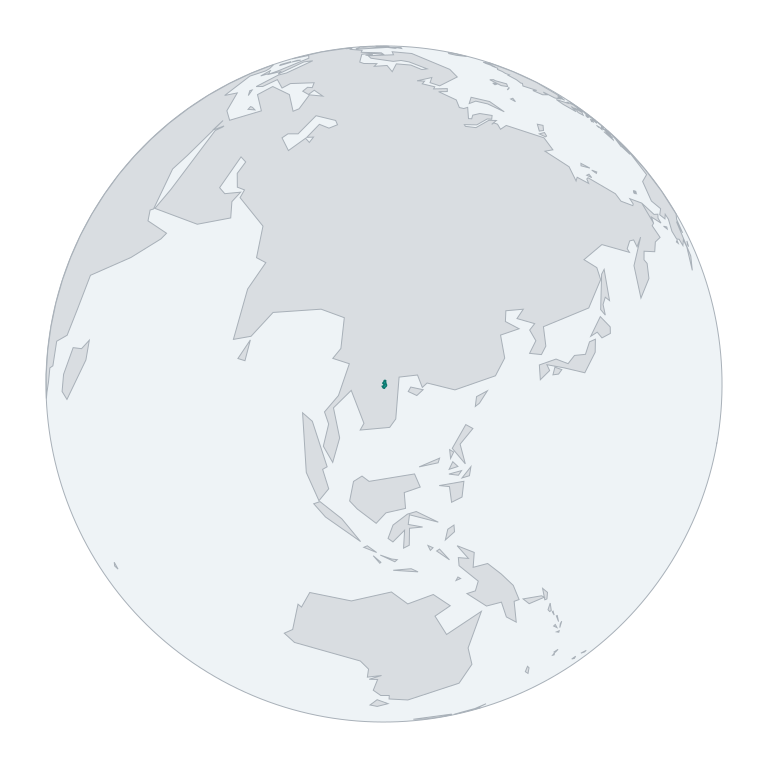 globe centered on Nakhon Phanom, rotated 33°
{"feature_id": "THA-472", "entity_name": "Nakhon Phanom", "entity_type": "Province", "adm_level": 1, "iso_a3": "THA", "parent_name": "Thailand", "parent_adm1": "", "projection": "orthographic", "projection_center": [104.283, 17.384], "detail": "fine", "context": "on_globe", "style": "filled", "palette": "teal", "viewbox_px": 768, "rotation_deg": 33, "n_neighbors": 0, "source": "natural_earth", "source_scale": "10m", "svg_char_len": 11525}
<svg xmlns="http://www.w3.org/2000/svg" viewBox="0 0 768 768"><g transform="rotate(33 384 384)"><circle cx="384" cy="384" r="338" fill="#eef3f6" stroke="#a8b0b8"/><path d="M698.7,497.2L698.1,499.3L697.9,499.8L698.7,497.2ZM536.4,82.4L539.8,86.6L552.1,94.6L540.8,88.5L571.5,109.5L580.7,120.8L563.5,104.3L556.5,100.0L559.3,105.1L552.7,101.9L550.4,103.0L542.3,99.1L532.8,90.9L527.4,88.5L529.7,92.5L523.1,91.9L520.5,86.3L508.6,84.9L490.6,73.3L490.2,65.4L473.5,59.5L460.1,54.8L486.2,61.9L511.7,71.1L536.4,82.4ZM695.7,253.6L695.5,253.2L694.9,251.7L695.7,253.6ZM562.4,101.7L560.1,99.0L564.6,102.9L562.4,101.7ZM551.5,103.9L554.2,105.8L551.8,105.6L551.5,103.9ZM537.2,99.8L532.5,99.4L535.6,98.3L537.2,99.8ZM528.7,98.2L517.3,98.3L522.5,102.3L501.6,91.9L518.1,94.7L521.2,92.4L523.5,95.7L528.7,98.2ZM457.1,54.1L459.4,54.6L460.9,55.2L451.9,53.1L457.8,55.0L445.7,52.7L439.7,51.2L441.1,51.1L435.4,50.5L433.7,49.8L457.1,54.1ZM491.8,86.7L487.7,85.9L490.2,85.3L491.8,86.7ZM422.1,48.2L427.3,48.9L428.9,49.3L418.9,48.1L421.6,48.3L422.1,48.2ZM465.4,56.9L464.8,57.4L454.8,55.6L453.3,55.7L445.5,52.8L465.4,56.9ZM418.4,47.9L413.8,47.7L408.0,47.1L417.2,47.7L418.4,47.9ZM433.6,50.0L433.9,50.3L430.4,49.7L433.6,50.0ZM384.9,46.1L391.1,46.2L392.5,46.3L384.9,46.1ZM412.4,47.7L414.4,47.9L415.6,48.1L411.5,47.9L412.4,47.7ZM439.0,52.0L435.0,51.4L441.7,53.0L434.5,52.3L430.6,50.7L429.2,51.1L427.0,50.9L426.3,49.9L439.0,52.0ZM410.9,48.6L403.6,47.2L391.9,46.7L390.3,46.4L409.4,47.4L410.9,48.6ZM420.1,49.4L414.1,48.8L415.2,48.4L419.9,48.6L420.1,49.4ZM430.9,52.6L443.0,54.1L443.4,54.5L430.9,52.6ZM407.3,48.4L409.2,48.9L406.4,48.4L407.3,48.4ZM423.4,51.2L427.6,51.5L428.0,51.9L423.4,51.2ZM409.4,49.6L407.0,49.0L410.2,49.0L409.4,49.6ZM415.7,50.4L415.2,50.9L412.7,49.3L417.5,50.4L415.7,50.4ZM423.1,51.5L424.7,51.9L421.3,51.3L423.1,51.5ZM398.8,50.6L395.0,48.7L402.0,48.4L404.7,50.1L398.8,50.6ZM117.5,176.3L116.3,181.7L114.2,185.9L103.8,198.9L93.2,228.8L102.4,219.8L103.4,240.4L110.9,246.9L132.4,221.7L120.3,210.2L128.7,195.1L147.0,192.8L159.2,204.8L162.9,199.4L164.0,182.1L175.9,175.9L165.5,175.6L163.0,182.3L156.4,182.7L158.3,176.8L162.4,174.5L161.3,169.4L141.9,183.0L137.3,191.3L128.8,186.8L120.3,200.5L114.8,204.2L127.1,182.5L132.8,176.3L148.2,151.7L141.4,157.5L126.5,181.6L127.1,178.3L117.8,188.0L125.4,178.0L143.5,151.7L141.9,149.5L129.9,161.3L151.6,138.7L150.0,140.3L157.8,133.3L172.9,120.2L169.3,123.7L174.5,119.6L172.9,122.0L183.9,116.1L184.3,118.2L201.4,107.7L204.0,107.8L193.1,113.7L185.8,119.6L188.3,127.2L192.5,126.2L203.5,119.2L202.8,122.9L213.1,115.2L220.8,117.6L220.0,108.8L232.8,101.9L244.5,99.7L248.5,96.2L229.6,100.2L222.1,103.4L216.0,108.4L195.6,117.9L192.0,117.3L212.7,102.7L209.9,100.9L227.3,91.7L267.8,84.3L278.2,86.6L268.3,103.6L258.5,106.2L257.2,100.9L246.6,111.7L253.1,107.9L252.6,111.4L264.7,107.1L264.9,109.5L276.2,101.8L277.8,104.3L270.6,109.1L289.9,106.4L296.6,111.1L300.9,109.5L303.5,106.4L310.3,115.4L313.1,113.8L312.0,110.2L317.0,105.0L328.4,99.9L330.1,103.2L326.2,105.5L320.7,116.1L310.1,122.7L311.9,123.6L321.5,118.9L328.3,105.8L334.7,101.8L332.9,107.6L334.0,105.2L337.7,104.3L343.0,106.9L345.7,100.6L384.1,90.4L398.1,95.6L392.2,101.1L420.9,101.0L434.5,109.1L433.4,105.4L446.4,104.3L442.4,101.6L442.8,99.9L474.4,98.4L483.2,101.6L495.5,98.9L495.0,97.3L489.2,94.7L501.6,91.9L522.5,102.3L522.7,105.2L535.7,110.7L534.2,117.1L539.0,125.6L529.8,131.0L534.4,138.2L539.0,139.6L548.7,151.2L552.7,172.0L529.2,148.6L519.2,121.0L521.5,131.1L514.9,127.2L512.1,130.2L514.3,138.1L518.2,139.9L490.8,148.4L484.0,170.8L499.1,170.5L508.8,178.4L514.3,208.7L486.5,249.1L499.1,264.1L500.0,273.6L489.4,279.0L487.8,265.0L476.8,259.4L477.5,251.3L459.9,256.7L460.1,245.4L446.3,256.2L451.8,265.5L467.2,264.1L455.1,279.5L471.1,296.5L473.0,316.4L446.7,350.3L419.6,359.7L418.0,366.0L407.2,358.2L392.9,370.0L412.9,406.9L412.4,417.3L389.1,435.6L388.6,427.9L360.0,407.2L354.6,431.5L376.2,453.4L383.7,477.7L367.0,469.2L359.4,447.7L349.3,439.8L352.1,418.5L343.9,385.9L327.1,390.4L328.5,377.7L314.6,350.0L290.5,355.5L252.0,384.4L246.5,416.4L233.4,428.6L217.9,378.6L218.8,346.6L208.3,347.5L196.5,317.5L161.8,306.1L161.3,297.2L153.8,298.8L146.2,287.3L147.1,273.1L140.4,271.4L139.2,308.9L146.8,311.1L159.3,301.2L157.1,313.9L165.0,328.2L140.4,351.7L96.2,361.5L99.3,336.9L104.4,263.3L108.4,257.0L108.8,256.2L109.3,254.7L102.1,264.4L105.5,250.7L94.7,299.1L89.6,318.8L95.4,362.7L93.1,365.5L97.2,375.7L119.5,376.0L117.9,383.8L102.8,415.8L78.6,452.7L86.1,488.0L91.7,515.7L86.2,526.4L96.4,549.1L95.0,552.5L101.3,564.6L105.7,574.3L108.8,580.1L95.5,560.0L83.7,539.0L73.5,517.3L64.8,494.9L57.7,471.9L52.3,448.5L48.5,424.7L46.5,400.8L46.2,376.7L47.5,352.7L50.6,328.9L55.4,305.3L61.8,282.1L69.9,259.5L79.5,237.4L90.7,216.2L103.4,195.7L117.5,176.3ZM164.4,233.1L176.7,240.3L184.4,220.6L189.8,222.1L190.4,215.3L184.9,219.2L188.4,201.4L198.5,199.4L203.8,191.9L199.9,189.3L180.9,196.0L175.7,221.0L167.2,226.5L164.4,233.1ZM196.7,102.8L202.0,99.3L204.7,97.9L199.8,101.3L194.0,104.9L193.6,104.8L196.7,102.8ZM194.2,105.6L215.0,92.6L216.1,93.0L211.9,94.8L210.6,96.4L203.6,99.8L184.3,114.0L177.9,118.3L180.6,114.2L183.3,112.7L187.9,109.1L194.2,105.6ZM266.0,67.5L275.0,64.3L265.7,68.9L258.4,71.6L257.4,70.9L265.6,67.5L266.0,67.5ZM409.8,47.1L405.0,46.8L400.5,46.6L401.7,46.5L394.9,46.3L393.6,46.2L409.8,47.1ZM388.9,46.1L387.7,46.1L386.7,46.1L388.9,46.1ZM346.5,48.2L347.8,48.0L359.1,47.6L373.8,46.9L378.3,47.1L372.5,47.5L381.0,47.6L373.2,48.7L376.2,49.1L371.5,51.1L358.6,52.4L363.0,52.8L359.6,55.0L349.0,56.8L352.2,54.6L338.2,58.4L336.4,56.5L334.9,57.1L329.3,56.7L320.0,57.5L320.7,56.5L316.8,57.4L313.0,57.5L307.9,58.4L307.4,57.3L301.0,58.6L304.4,57.4L293.5,60.0L301.4,57.7L297.3,58.3L291.8,60.2L297.9,57.2L322.1,51.8L346.5,48.2ZM397.0,51.0L382.0,51.9L373.6,51.6L385.3,48.4L383.6,47.9L390.8,46.8L402.8,47.5L399.7,47.6L399.4,48.0L395.7,47.6L398.4,48.2L394.2,48.7L395.1,49.4L390.0,49.3L397.0,51.0ZM118.3,182.5L117.9,184.6L118.6,186.1L112.8,192.8L118.3,182.5ZM130.2,164.5L130.8,164.8L122.9,174.0L123.4,172.3L130.2,164.5ZM137.8,157.7L131.4,164.1L135.1,159.7L137.8,157.7ZM194.3,114.0L195.7,114.4L193.2,116.3L189.4,118.3L194.3,114.0ZM307.0,71.2L310.2,69.1L312.2,69.0L323.4,65.5L325.7,67.2L319.8,69.9L307.0,71.2ZM126.5,224.4L120.4,227.7L121.0,224.0L123.0,223.6L126.5,224.4ZM113.3,209.2L113.1,216.0L111.7,211.0L113.3,209.2ZM311.3,72.4L315.7,70.6L314.1,72.6L311.3,72.4ZM327.9,68.3L327.2,70.3L327.3,67.0L327.9,68.3ZM254.8,680.4L261.8,684.1L257.2,683.3L254.8,680.4ZM120.9,526.2L126.5,569.6L118.1,565.6L110.0,550.4L103.5,522.8L111.1,519.1L113.0,507.8L120.9,526.2ZM468.5,533.9L478.5,535.2L478.1,536.6L468.5,533.9ZM458.1,528.8L469.6,529.3L456.0,532.0L458.1,528.8ZM474.0,529.5L485.8,526.6L490.8,524.1L489.9,527.2L474.0,529.5ZM450.2,528.9L407.3,527.4L390.3,522.7L394.4,517.5L421.9,520.0L450.2,528.9ZM393.0,517.3L367.0,500.5L331.4,452.5L344.2,454.3L381.4,484.4L379.0,489.0L394.7,502.0L393.0,517.3ZM455.8,491.0L453.3,505.1L429.7,503.4L418.9,500.8L411.5,482.3L415.7,473.2L424.5,473.8L458.6,442.8L470.5,450.7L460.1,464.0L469.8,476.6L455.8,491.0ZM247.9,419.8L254.7,440.2L247.6,442.2L247.9,419.8ZM472.3,420.6L458.6,434.4L471.0,415.9L472.3,420.6ZM479.5,403.1L480.4,410.2L474.8,403.3L479.5,403.1ZM417.8,375.8L408.4,377.1L408.1,372.0L419.9,367.5L417.8,375.8ZM474.4,333.4L474.5,348.1L472.8,353.1L468.5,344.2L474.4,333.4ZM336.6,90.2L318.5,92.6L306.9,96.8L302.7,102.4L300.9,96.1L318.7,89.6L336.6,90.2ZM378.0,89.7L381.6,85.7L385.3,87.5L384.9,88.7L378.0,89.7ZM376.5,87.3L371.1,82.6L376.5,80.5L379.7,84.5L376.5,87.3ZM340.5,75.6L335.0,76.0L336.4,74.2L340.5,75.6ZM620.3,624.2L620.8,624.6L611.2,633.8L599.4,643.8L591.2,649.2L620.3,624.2ZM547.1,660.8L550.2,652.5L561.5,649.9L553.9,658.1L547.1,660.8ZM628.3,616.4L637.0,606.7L643.7,596.6L638.5,605.1L641.3,602.9L622.5,623.1L628.3,616.4ZM515.0,629.2L449.7,649.5L436.1,647.3L441.1,639.6L431.8,615.5L436.3,616.0L435.3,599.3L474.8,583.7L503.5,554.4L523.7,555.5L540.0,533.7L560.3,533.9L553.2,550.9L572.9,560.0L589.5,521.6L598.3,559.6L610.4,571.2L609.9,594.0L576.1,636.0L559.8,645.4L558.1,642.4L550.9,647.0L541.8,646.7L539.6,635.3L532.4,639.7L540.7,629.8L529.7,638.9L526.3,631.5L515.0,629.2ZM658.1,542.6L660.2,543.0L662.4,548.3L659.2,548.3L658.1,542.6ZM693.0,507.9L693.1,510.5L691.2,512.4L693.0,507.9ZM697.9,499.8L695.7,502.5L698.7,497.2L697.9,499.8ZM673.4,516.5L674.2,518.5L673.1,519.7L673.4,516.5ZM672.6,516.0L674.5,511.7L673.8,515.6L672.6,516.0ZM663.7,497.9L665.3,495.5L665.8,497.0L663.7,497.9ZM493.2,535.2L507.4,524.1L514.9,523.0L493.2,535.2ZM661.8,494.1L658.1,494.6L658.6,492.4L661.8,494.1ZM662.4,489.0L662.2,486.1L664.1,492.6L662.4,489.0ZM655.4,483.8L659.8,488.2L654.8,484.6L655.4,483.8ZM652.6,485.1L649.2,483.4L649.5,482.4L652.6,485.1ZM611.5,495.4L624.6,511.7L613.5,512.7L601.3,503.0L590.9,514.4L567.7,514.6L573.3,507.7L570.4,498.0L545.9,495.5L540.9,489.1L549.8,484.3L533.4,479.8L551.4,476.1L558.6,489.2L568.7,478.1L585.8,479.5L602.1,482.5L614.7,491.2L611.5,495.4ZM551.1,505.6L554.2,505.4L551.4,509.6L551.1,505.6ZM642.7,477.2L647.6,482.8L646.9,484.6L644.5,484.0L642.7,477.2ZM617.7,488.5L631.5,475.8L634.6,475.5L625.4,489.2L617.7,488.5ZM628.3,469.0L634.6,469.7L637.7,475.5L636.4,477.4L628.3,469.0ZM514.3,494.6L513.5,498.3L508.8,495.5L514.3,494.6ZM520.5,492.2L534.7,495.8L519.1,495.4L520.5,492.2ZM476.6,479.8L480.8,488.6L494.3,482.9L484.0,491.1L493.0,505.5L489.8,511.0L480.9,495.4L477.5,511.6L471.5,511.3L468.4,497.4L474.5,480.4L480.5,473.4L504.8,470.3L476.6,479.8ZM520.4,481.4L516.6,471.1L519.5,464.2L523.6,469.5L520.4,481.4ZM505.1,446.4L494.8,434.4L485.6,439.1L504.0,422.1L511.0,436.3L505.1,446.4ZM496.1,420.0L487.5,424.2L496.2,414.4L496.1,420.0ZM485.1,420.1L484.0,411.7L490.9,412.9L485.1,420.1ZM500.6,420.3L501.9,406.0L505.6,414.4L500.6,420.3ZM480.6,393.0L495.7,406.7L476.3,400.8L474.7,373.5L482.8,372.9L480.6,393.0ZM520.7,284.3L518.2,276.8L525.3,275.1L525.0,280.6L520.7,284.3ZM546.3,265.2L526.4,272.3L510.1,279.1L515.6,282.5L512.8,295.3L503.9,283.4L514.7,269.4L527.3,266.7L528.2,256.3L536.8,249.4L533.4,236.7L536.9,231.3L543.8,242.3L546.3,265.2ZM531.4,231.4L528.7,209.7L542.6,212.9L546.3,218.3L541.7,226.6L534.6,224.4L531.4,231.4ZM532.1,205.7L525.2,203.6L506.7,173.4L506.2,168.0L527.7,191.2L522.3,190.7L524.4,198.0L532.1,205.7ZM489.5,87.7L487.8,86.0L491.5,87.6L489.5,87.7ZM440.3,98.5L441.6,96.4L445.8,97.8L440.3,98.5ZM447.4,91.7L441.7,91.5L447.0,90.3L447.4,91.7ZM429.0,91.7L439.1,90.8L430.4,93.7L429.0,91.7Z" fill="#d9dde1" stroke="#a8b0b8" stroke-width="1"/><path d="M383.6,380.3L383.8,380.9L383.9,381.0L384.0,381.2L384.4,381.4L384.5,381.5L384.6,381.8L384.7,382.0L384.8,382.1L384.9,382.3L385.1,382.5L386.0,382.9L386.1,383.0L386.4,383.2L386.5,383.4L386.6,383.6L386.8,383.7L386.9,383.8L387.0,384.1L387.0,384.5L387.0,384.8L387.0,385.1L386.6,386.1L386.6,386.6L386.6,386.8L386.7,387.0L386.7,387.3L386.5,387.5L386.3,387.6L386.2,387.6L386.3,387.5L386.3,387.4L386.2,387.3L385.8,387.2L385.6,387.3L385.4,387.4L385.2,387.2L384.9,387.1L384.7,387.2L384.3,387.0L384.2,387.1L383.9,387.0L383.8,386.9L384.0,386.7L384.2,386.4L384.3,386.4L384.6,386.2L384.5,385.9L384.4,385.9L384.5,385.7L384.7,385.4L384.7,385.2L384.8,385.0L384.8,384.9L384.9,384.7L384.8,384.4L384.8,384.2L384.7,384.2L384.7,383.9L384.4,383.8L384.2,383.8L383.9,383.8L383.7,383.9L383.3,383.8L383.2,383.9L383.2,384.0L383.0,383.9L382.9,383.9L382.9,384.0L383.0,384.0L382.9,384.0L382.7,384.0L382.7,383.9L382.5,383.5L382.5,383.4L382.6,383.2L382.6,382.9L382.7,382.7L382.8,382.4L382.8,382.2L382.8,381.9L382.7,381.9L382.5,381.7L382.5,381.4L382.4,381.3L382.4,381.2L382.4,380.9L382.5,380.8L382.8,381.0L383.0,381.2L383.2,380.9L383.1,380.7L383.1,380.4L383.4,380.4L383.5,380.3L383.6,380.3Z" fill="#14b8a6" stroke="#0f766e" stroke-width="1.5"/></g></svg>